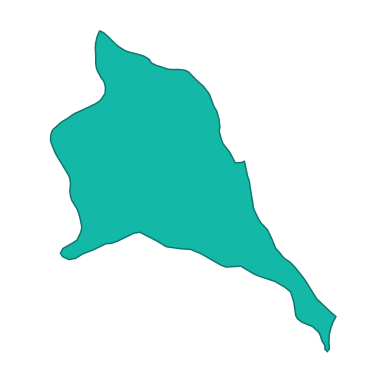 outline of En Mango, Micoud, Saint Lucia, rotated 268°
{"feature_id": "8701671B14589117854765", "entity_name": "En Mango", "entity_type": "district", "adm_level": 2, "iso_a3": "LCA", "parent_name": "Saint Lucia", "parent_adm1": "Micoud", "projection": "albers", "projection_center": [-60.924, 13.8], "detail": "fine", "context": "isolated", "style": "filled", "palette": "teal", "viewbox_px": 384, "rotation_deg": 268, "n_neighbors": 0, "source": "geoboundaries", "source_scale": "gbopen_adm2", "svg_char_len": 5120}
<svg xmlns="http://www.w3.org/2000/svg" viewBox="0 0 384 384"><g transform="rotate(268 192 192)"><path d="M103.6,261.4L99.8,271.6L93.8,281.3L88.6,287.1L78.5,289.9L64.9,291.4L61.4,293.2L57.9,297.5L53.3,307.9L47.4,313.7L44.6,315.1L38.3,316.9L34.1,319.4L30.3,319.4L27.8,321.6L30.4,323.8L37.4,323.6L41.0,324.0L44.8,324.2L51.1,326.0L56.5,328.1L62.4,331.5L66.6,326.9L76.0,317.7L80.9,312.9L85.6,310.2L98.3,302.9L103.1,299.8L110.1,294.6L114.5,291.2L118.8,287.1L121.9,282.6L125.2,279.6L127.9,277.8L132.6,273.8L136.4,272.2L142.5,270.1L151.7,266.0L158.8,259.7L162.8,257.4L171.2,253.8L174.1,252.9L195.7,250.2L201.1,249.6L206.2,248.0L211.7,247.1L220.8,245.5L219.7,242.3L219.7,236.2L230.2,231.2L233.0,229.2L238.5,225.1L240.8,224.0L245.7,222.6L251.9,221.3L255.6,222.1L263.8,221.5L272.1,219.5L276.5,217.0L289.3,212.7L297.3,207.0L303.3,200.7L309.5,195.0L312.0,192.8L313.9,189.3L314.9,183.0L315.1,175.6L315.6,172.2L318.2,165.3L319.6,161.0L321.2,158.4L321.4,157.2L323.3,155.2L326.1,153.8L329.4,148.8L330.8,145.0L332.0,141.1L333.9,134.4L335.6,130.0L340.0,123.5L342.2,121.0L350.4,113.3L354.3,109.2L356.2,105.5L355.7,105.1L355.1,104.7L354.4,104.4L353.8,104.1L353.2,103.9L352.4,103.5L351.8,103.2L351.1,102.9L350.4,102.6L349.7,102.4L348.9,102.1L348.1,101.9L347.4,101.8L346.7,101.6L345.9,101.4L345.2,101.2L344.5,101.0L343.8,100.9L343.1,100.8L342.4,100.7L341.6,100.6L340.9,100.5L340.1,100.5L339.4,100.4L338.6,100.4L337.9,100.4L337.2,100.4L336.4,100.5L335.7,100.5L335.1,100.5L334.4,100.5L333.7,100.5L333.0,100.5L332.4,100.5L331.7,100.5L331.0,100.5L330.2,100.5L329.4,100.5L328.7,100.5L328.0,100.5L327.3,100.4L326.7,100.3L325.9,100.3L325.2,100.3L324.5,100.3L323.8,100.3L323.2,100.4L322.5,100.5L321.7,100.5L321.0,100.6L320.3,100.7L319.6,100.8L318.9,100.9L318.3,101.1L317.6,101.3L316.7,101.6L316.1,101.9L315.4,102.2L314.8,102.5L314.0,102.9L313.4,103.2L312.8,103.5L312.2,103.8L311.5,104.1L310.8,104.4L310.2,104.7L309.6,105.0L308.9,105.5L308.3,105.9L307.8,106.3L307.2,106.7L306.6,107.2L306.0,107.5L305.3,107.8L304.7,108.1L304.0,108.2L303.2,108.4L302.5,108.6L301.6,108.8L300.9,108.9L300.1,109.0L299.5,109.1L298.7,109.1L293.1,108.5L292.6,108.0L292.1,107.6L291.5,107.1L290.9,106.7L290.2,106.2L289.6,105.8L289.0,105.4L288.5,105.0L287.9,104.5L287.4,104.1L287.0,103.6L286.5,103.1L286.1,102.6L285.7,102.1L285.3,101.5L284.9,100.9L284.6,100.4L284.2,99.7L283.7,98.9L283.4,98.3L283.0,97.4L282.7,96.7L282.3,95.9L282.0,95.1L281.3,93.5L281.0,92.9L280.7,92.2L280.4,91.6L276.5,82.4L276.3,81.7L276.0,81.0L275.7,80.4L275.4,79.8L275.2,79.1L275.0,78.4L274.6,77.8L274.3,77.1L273.9,76.4L273.5,75.7L273.2,75.1L272.8,74.5L272.3,73.8L272.0,73.3L271.6,72.7L271.2,72.1L270.7,71.4L270.3,70.8L269.8,70.1L269.5,69.5L269.1,68.8L268.8,68.2L268.4,67.5L268.1,66.9L267.7,66.2L267.4,65.6L267.0,65.0L266.7,64.4L266.2,63.8L265.7,63.1L265.3,62.6L264.9,62.0L264.5,61.5L263.9,60.8L263.4,60.3L262.9,59.6L262.5,59.1L262.0,58.6L261.4,57.9L260.9,57.2L260.5,56.7L260.0,56.2L259.5,55.6L259.0,55.1L258.4,54.7L257.8,54.4L257.1,54.0L256.5,53.8L255.8,53.5L254.7,53.2L253.7,52.9L253.0,52.8L252.3,52.7L251.6,52.6L250.9,52.5L250.2,52.5L249.5,52.5L248.8,52.5L247.9,52.6L247.1,52.7L246.4,52.9L245.8,53.1L245.0,53.4L244.4,53.6L243.7,53.8L242.8,54.1L241.8,54.5L241.1,54.7L240.2,55.1L239.6,55.3L238.9,55.6L238.2,55.8L237.6,56.0L236.8,56.3L236.1,56.6L235.5,56.9L234.6,57.3L233.6,57.8L232.9,58.2L232.3,58.6L231.3,59.0L230.6,59.5L230.0,59.8L229.1,60.3L228.4,60.7L227.8,61.0L227.2,61.4L226.7,61.7L225.9,62.1L225.2,62.5L224.7,62.9L224.1,63.2L223.3,63.6L222.7,63.9L221.7,64.5L221.0,64.8L220.3,65.2L219.6,65.6L219.0,66.0L218.2,66.4L217.5,66.8L216.7,67.3L215.9,67.7L215.3,68.0L214.7,68.3L214.1,68.7L213.5,69.0L212.8,69.3L212.2,69.5L211.4,69.8L210.8,70.1L209.1,70.4L208.4,70.5L207.8,70.6L207.1,70.6L206.5,70.7L205.8,70.8L205.2,70.8L204.5,70.8L203.8,70.8L203.2,70.7L202.5,70.7L201.8,70.6L201.0,70.4L200.2,70.3L199.4,70.3L198.5,70.1L197.8,70.0L197.1,70.0L196.2,70.1L195.5,70.1L194.8,70.1L194.0,70.2L193.3,70.4L192.7,70.4L192.0,70.5L191.4,70.7L190.5,70.8L189.8,71.0L189.1,71.2L188.5,71.4L187.9,71.6L187.1,72.0L186.5,72.3L185.7,72.8L184.9,73.1L184.3,73.5L183.7,73.9L183.1,74.2L182.6,74.5L181.9,74.9L181.3,75.2L180.8,75.6L180.2,75.9L179.6,76.2L179.0,76.5L178.4,76.8L177.6,77.1L176.9,77.3L176.2,77.5L175.3,77.8L174.6,78.0L173.8,78.2L173.0,78.4L172.3,78.6L171.7,78.8L170.9,78.9L170.2,79.1L169.4,79.2L168.7,79.3L168.0,79.5L167.2,79.7L166.4,79.8L165.7,79.9L165.1,80.0L164.1,80.1L163.5,80.3L162.6,80.4L162.0,80.5L161.2,80.5L160.5,80.5L159.7,80.5L159.1,80.4L158.4,80.2L157.7,80.0L157.1,79.8L156.4,79.6L155.7,79.3L155.0,79.1L154.2,78.7L153.5,78.4L152.8,78.0L152.2,77.7L151.5,77.3L150.6,76.9L150.1,76.5L149.4,76.1L148.9,75.8L148.0,75.6L145.3,71.0L140.0,61.0L135.4,58.4L131.9,60.5L128.8,66.7L128.9,67.6L129.8,73.5L134.0,80.7L136.1,86.8L137.5,91.1L141.9,101.0L143.4,104.4L143.4,109.1L144.0,111.1L145.5,115.9L149.1,124.0L152.9,132.5L153.6,138.6L144.5,154.8L138.2,164.5L137.3,169.4L135.8,178.1L135.2,183.3L134.7,188.6L132.6,193.2L130.2,198.6L123.2,209.8L121.5,212.6L117.9,218.4L115.8,223.4L116.0,230.4L116.2,238.2L113.3,242.6L107.5,251.8L105.0,257.6L104.5,258.9L103.6,261.4Z" fill="#14b8a6" stroke="#0f766e" stroke-width="1.5"/></g></svg>